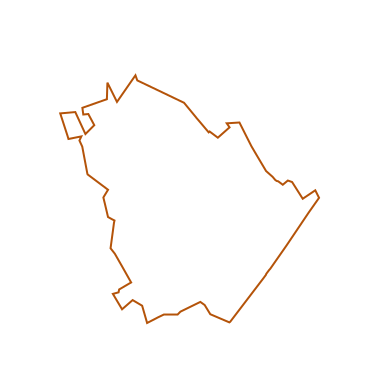 the district of Baviácora, Sonora, Mexico, rotated 156°
{"feature_id": "50627088B77359146514236", "entity_name": "Baviácora", "entity_type": "district", "adm_level": 2, "iso_a3": "MEX", "parent_name": "Mexico", "parent_adm1": "Sonora", "projection": "natural_earth1", "projection_center": [-110.101, 29.614], "detail": "fine", "context": "isolated", "style": "outline", "palette": "amber", "viewbox_px": 384, "rotation_deg": 156, "n_neighbors": 0, "source": "geoboundaries", "source_scale": "gbopen_adm2", "svg_char_len": 1209}
<svg xmlns="http://www.w3.org/2000/svg" viewBox="0 0 384 384"><g transform="rotate(156 192 192)"><path d="M267.6,91.5L255.0,85.9L254.8,86.0L251.2,87.4L229.1,88.2L226.4,83.6L225.0,72.9L210.9,57.7L209.9,57.9L161.6,84.3L158.1,86.3L157.5,87.0L153.2,89.4L151.8,90.0L127.4,104.7L93.7,125.8L78.3,135.0L78.7,143.4L93.6,140.8L96.5,160.4L99.8,163.5L106.1,161.7L108.9,166.7L110.1,167.6L111.0,169.0L112.2,173.1L115.8,181.0L118.0,199.8L119.1,209.6L119.6,219.4L120.4,236.2L132.3,240.6L131.4,235.8L146.3,231.1L151.3,240.1L152.5,239.7L156.2,252.5L157.9,258.2L157.9,258.4L163.0,276.8L163.2,277.0L163.8,277.7L196.6,316.2L196.2,321.6L223.9,304.8L224.8,326.3L232.0,311.4L257.9,313.5L259.8,307.0L255.0,305.4L254.1,292.8L265.8,288.3L266.1,312.5L280.4,317.4L282.9,293.7L283.3,290.7L270.5,287.8L273.9,284.8L273.8,278.1L280.1,251.5L280.2,250.9L280.2,250.5L267.8,228.2L274.3,223.7L275.2,223.0L275.8,219.8L276.3,217.0L278.9,203.3L275.8,199.2L274.4,197.5L275.8,195.6L280.6,187.8L289.3,173.7L288.1,169.0L287.6,167.0L286.1,152.1L284.4,134.1L287.5,133.8L298.2,132.6L299.9,130.2L305.7,131.1L303.6,113.3L290.2,117.4L283.8,108.4L286.1,91.9L286.3,90.6L275.8,91.2L274.6,91.3L267.6,91.5Z" fill="none" stroke="#b45309" stroke-width="2"/></g></svg>